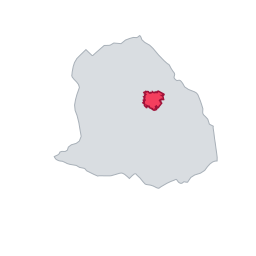 Chikomba, Mashonaland East, Zimbabwe (highlighted), rotated 316°
{"feature_id": "62879985B62139417575129", "entity_name": "Chikomba", "entity_type": "district", "adm_level": 2, "iso_a3": "ZWE", "parent_name": "Zimbabwe", "parent_adm1": "Mashonaland East", "projection": "equal_earth", "projection_center": [31.281, -18.846], "detail": "fine", "context": "in_parent", "style": "filled", "palette": "rose", "viewbox_px": 256, "rotation_deg": 316, "n_neighbors": 0, "source": "geoboundaries", "source_scale": "gbopen_adm2", "svg_char_len": 5277}
<svg xmlns="http://www.w3.org/2000/svg" viewBox="0 0 256 256"><g transform="rotate(316 128 128)"><path d="M169.2,213.6L167.5,212.2L165.2,211.2L162.2,210.8L158.4,211.0L153.7,211.8L148.7,210.8L143.3,208.1L138.8,207.2L133.5,208.3L133.3,208.4L132.3,207.5L130.9,205.5L128.4,205.2L127.8,204.7L127.2,204.0L126.9,203.0L126.7,202.0L127.1,198.8L126.9,198.4L126.2,198.0L124.9,197.6L121.7,196.2L117.6,194.8L111.1,193.2L108.5,192.8L107.9,192.3L107.2,191.1L105.9,187.4L104.7,185.0L101.8,181.2L101.4,180.0L101.5,177.0L101.7,174.6L101.9,172.5L101.8,170.6L101.7,168.2L101.8,166.6L101.4,165.9L100.4,165.4L97.5,165.2L93.9,165.3L93.8,162.8L93.4,159.0L92.7,156.9L91.9,155.7L90.3,154.6L87.0,152.9L82.5,150.5L78.6,146.8L74.1,142.3L72.8,141.5L71.1,137.3L68.5,130.0L68.7,127.5L68.3,126.3L65.8,122.7L65.3,120.9L64.8,119.0L60.9,113.7L59.6,111.4L58.6,108.5L57.6,106.1L56.7,105.2L55.6,103.6L54.8,101.7L54.5,100.4L54.7,98.5L55.1,97.3L58.8,98.6L60.8,98.7L62.3,98.0L64.2,98.9L66.6,101.3L69.1,101.8L71.8,100.3L75.5,100.7L80.1,103.1L83.9,103.6L88.5,101.5L92.5,95.6L96.3,90.1L100.0,83.7L102.2,78.6L105.5,74.4L109.9,71.2L114.4,68.5L121.2,65.1L122.6,62.4L123.0,59.4L123.0,55.2L123.3,52.5L124.0,51.2L125.2,50.3L126.7,49.0L131.2,45.8L134.9,43.8L139.5,42.5L144.6,42.4L149.5,42.4L152.2,42.4L152.3,46.5L152.5,51.0L153.0,51.4L156.7,51.5L162.6,51.8L168.2,52.1L171.8,55.4L173.0,56.1L176.8,57.0L181.6,62.5L187.3,63.0L191.3,64.7L194.8,66.6L196.8,68.8L198.1,69.4L199.8,69.5L200.7,69.7L200.5,71.4L199.3,74.1L199.5,78.0L201.1,83.5L201.3,88.2L200.7,96.6L200.7,104.6L200.9,107.5L201.1,109.4L201.5,110.5L201.4,111.7L200.4,115.0L199.7,118.6L199.6,120.0L199.3,121.0L198.8,121.9L196.3,123.5L195.8,124.6L195.8,126.4L196.1,127.9L197.1,128.5L198.2,129.4L198.6,130.5L198.6,131.8L198.3,134.0L197.3,137.7L198.2,142.0L199.4,144.8L200.9,148.0L201.5,150.0L201.5,151.4L201.3,152.8L198.9,158.7L197.2,162.3L195.2,166.2L192.5,168.7L191.8,169.8L191.5,171.2L191.6,174.1L191.5,177.1L189.2,181.8L190.6,185.9L190.3,186.2L189.5,186.8L186.2,191.4L182.8,195.9L180.4,199.3L177.6,203.1L174.5,207.4L171.8,211.0L169.2,213.6Z" fill="#d9dde1" stroke="#a8b0b8" stroke-width="1"/><path d="M177.3,128.5L177.3,128.4L177.2,128.3L177.1,128.2L177.1,127.9L177.0,127.7L177.0,127.4L176.9,127.3L176.8,127.0L176.8,126.9L176.7,126.6L176.6,126.4L176.6,126.1L176.5,125.9L176.4,125.8L176.4,125.6L176.1,124.8L176.0,124.3L175.9,123.8L175.8,123.6L175.6,123.1L175.5,122.8L175.5,122.7L175.4,122.5L175.3,122.4L175.2,122.3L174.9,122.3L174.7,122.5L174.4,122.6L174.1,122.6L173.9,122.8L173.7,122.8L173.7,122.7L173.6,122.4L173.6,122.1L173.4,122.2L173.2,122.2L172.9,122.1L172.7,121.9L172.7,121.6L172.6,121.4L172.6,121.2L172.4,121.3L172.3,121.2L172.2,121.1L171.9,121.1L171.6,121.0L171.6,120.9L171.6,120.6L171.5,120.4L171.3,120.3L171.2,120.2L170.9,120.1L170.9,119.9L170.8,119.7L170.7,119.4L170.7,119.2L170.6,119.3L170.4,119.2L170.2,118.9L169.9,118.9L169.7,118.9L169.4,118.8L169.3,118.7L169.2,118.7L169.0,118.3L168.9,118.3L168.8,118.2L168.7,118.0L168.4,118.1L168.4,117.9L168.1,117.9L168.1,118.0L168.0,117.9L167.9,117.8L167.8,117.7L167.7,117.7L167.6,116.7L167.9,116.0L167.6,115.5L166.9,115.0L166.2,114.8L166.3,114.0L165.5,113.9L165.0,114.1L164.8,114.2L164.5,113.5L163.9,113.6L164.0,114.1L164.1,114.5L164.1,115.2L164.2,116.2L163.4,116.3L162.8,115.8L162.2,116.7L161.5,116.7L161.4,116.9L161.6,117.4L161.5,117.5L161.3,117.2L161.3,117.3L161.2,117.4L161.1,117.5L161.0,117.4L161.0,117.5L160.8,117.6L160.8,117.8L160.7,117.9L160.7,118.0L160.4,118.0L160.2,118.0L159.9,118.2L159.9,118.3L159.9,118.2L159.8,118.3L159.7,118.3L159.4,118.5L159.2,118.7L159.1,118.9L159.0,119.3L159.1,119.2L159.5,119.2L159.5,119.7L159.8,119.6L159.8,119.8L159.6,119.9L159.0,119.9L158.9,119.9L158.2,118.9L157.8,119.6L157.7,119.8L157.1,121.1L156.9,120.2L156.8,120.9L156.3,120.2L156.2,120.2L156.2,120.3L156.4,121.5L156.3,121.8L156.2,123.1L155.4,123.3L155.4,124.8L155.9,125.5L155.4,126.0L155.5,126.2L155.6,126.3L155.9,126.1L156.1,125.9L156.8,125.4L156.9,125.6L157.2,125.0L157.6,126.0L158.0,126.7L158.0,126.8L157.9,126.8L157.7,127.0L158.3,127.3L158.0,127.8L157.6,128.4L158.5,130.1L158.8,130.9L159.0,131.1L158.9,131.2L158.8,131.3L158.7,131.3L158.6,131.2L158.6,131.3L158.5,131.2L158.8,132.4L158.7,132.4L158.7,132.5L158.8,132.5L158.9,132.8L159.0,132.9L159.1,133.0L159.3,133.1L159.3,133.3L159.5,133.3L159.5,133.5L159.8,133.8L160.1,134.0L160.6,134.1L160.9,134.3L161.3,134.5L161.6,134.2L161.8,134.1L162.0,134.1L162.0,133.5L161.8,133.0L161.7,132.9L162.3,132.8L162.3,132.5L162.6,131.7L163.2,131.8L163.7,131.8L163.6,132.8L163.6,133.6L163.8,134.2L163.7,134.3L164.0,134.4L165.3,134.1L166.5,133.9L166.8,133.9L169.5,133.5L169.5,133.1L169.5,132.8L169.4,131.9L170.0,131.7L169.8,131.1L169.7,130.2L170.0,130.1L170.3,130.0L170.5,130.1L170.8,130.1L170.8,130.3L171.0,130.5L171.3,130.6L171.4,130.8L171.5,130.8L171.6,130.7L171.8,130.6L171.9,130.4L172.0,130.4L172.1,130.5L172.3,130.7L172.4,130.8L172.4,131.0L172.5,131.2L172.6,131.3L172.6,131.5L172.8,131.8L172.9,131.7L173.0,131.6L173.3,131.7L173.3,131.8L173.4,132.0L173.5,132.1L174.5,130.4L174.7,130.2L174.9,129.8L175.1,129.1L174.9,128.2L175.0,128.3L175.3,128.4L175.5,128.5L175.6,128.8L175.8,128.9L176.0,128.8L176.2,129.0L176.3,129.0L176.3,128.9L176.4,129.0L176.5,128.9L176.6,129.0L176.8,129.0L176.8,128.9L177.0,128.8L177.3,128.7L177.3,128.5Z" fill="#f43f5e" stroke="#9f1239" stroke-width="1.5"/></g></svg>